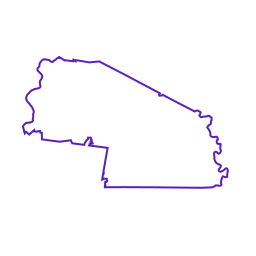 the district of Miguel Alemán, Tamaulipas, Mexico, rotated 278°
{"feature_id": "50627088B85594866218636", "entity_name": "Miguel Alemán", "entity_type": "district", "adm_level": 2, "iso_a3": "MEX", "parent_name": "Mexico", "parent_adm1": "Tamaulipas", "projection": "natural_earth1", "projection_center": [-99.092, 26.233], "detail": "fine", "context": "isolated", "style": "outline", "palette": "violet", "viewbox_px": 256, "rotation_deg": 278, "n_neighbors": 0, "source": "geoboundaries", "source_scale": "gbopen_adm2", "svg_char_len": 5697}
<svg xmlns="http://www.w3.org/2000/svg" viewBox="0 0 256 256"><g transform="rotate(278 128 128)"><path d="M81.0,219.9L82.5,222.1L82.8,222.4L83.2,222.6L83.3,222.8L83.4,223.0L83.5,223.8L83.5,225.7L83.5,226.0L83.5,226.5L83.7,227.2L84.0,227.9L84.1,228.0L84.3,228.2L84.6,228.4L84.8,228.4L85.0,228.4L85.4,228.3L85.9,227.9L86.2,227.7L86.9,227.6L87.4,227.6L87.7,227.6L90.1,227.7L90.3,227.7L90.7,227.9L92.0,228.1L92.4,228.3L92.8,228.5L93.0,228.7L93.2,229.0L93.3,229.0L93.1,230.0L92.9,230.7L92.9,231.3L93.0,231.9L93.2,232.6L93.3,232.8L93.5,233.0L93.8,233.0L94.9,232.8L95.5,232.7L96.1,232.7L98.2,232.8L99.4,232.8L100.0,232.6L100.7,232.4L101.2,232.1L101.6,231.6L101.8,231.2L101.8,230.9L101.7,230.8L101.6,230.6L101.2,230.0L99.5,228.6L98.9,227.8L98.3,227.1L97.9,226.4L97.7,226.2L97.6,225.9L97.6,225.5L97.6,225.3L97.6,225.0L97.7,224.8L97.8,224.5L98.0,224.3L98.1,224.1L98.4,223.8L98.6,223.7L98.8,223.7L99.0,223.7L99.6,223.7L99.9,223.8L100.3,224.0L101.0,224.5L101.8,224.9L102.6,225.2L103.3,225.3L103.6,225.2L103.8,225.1L104.1,224.8L104.3,224.4L104.7,223.0L105.1,221.6L105.3,221.1L105.5,220.7L105.9,220.0L106.1,219.8L106.5,219.5L107.0,219.2L108.4,218.3L108.9,218.0L109.5,217.8L109.8,217.8L110.7,217.7L111.0,217.7L111.7,217.5L112.6,217.2L113.1,217.1L113.7,217.0L114.5,216.9L115.0,216.8L115.5,216.9L115.8,217.0L116.0,217.1L116.3,217.4L116.5,217.8L116.7,218.4L116.7,218.6L116.7,218.9L116.6,219.1L116.0,219.8L115.9,219.9L115.6,220.4L115.2,221.3L115.1,221.5L115.8,222.2L116.2,222.6L116.6,222.8L117.1,223.0L117.5,223.2L117.8,223.2L118.2,223.2L118.7,223.1L119.8,222.4L120.2,222.3L120.8,222.2L121.3,222.1L121.8,222.1L122.7,222.1L123.0,222.1L123.3,222.0L124.6,222.1L125.0,221.9L125.2,221.5L125.2,221.3L125.1,220.8L125.0,220.6L124.8,220.0L124.8,219.7L124.8,219.4L124.9,219.1L125.1,218.7L125.5,218.2L125.9,217.9L126.1,217.9L127.0,217.8L127.6,217.7L127.8,217.7L128.1,217.8L128.4,218.0L128.8,218.4L129.1,218.5L129.3,218.6L129.5,218.6L129.8,218.5L131.2,217.6L131.4,217.4L131.5,217.2L131.7,216.8L131.7,216.6L131.6,216.4L131.3,215.5L131.0,214.4L130.9,213.9L130.9,213.6L131.0,212.0L131.1,211.7L131.2,211.4L131.4,211.2L131.8,210.9L132.5,210.6L133.1,210.4L134.2,210.3L135.1,210.0L136.2,209.4L136.6,209.0L137.7,208.2L138.1,207.9L138.4,207.6L138.9,207.0L139.3,206.6L139.5,206.5L139.7,206.4L140.0,206.4L140.3,206.5L141.0,207.1L141.9,207.6L142.2,207.8L142.4,208.0L142.7,208.4L142.9,208.8L143.1,209.0L143.4,209.3L143.8,209.4L144.3,209.5L144.9,209.4L145.5,209.2L146.0,209.2L146.3,209.3L147.3,209.7L147.7,209.7L148.3,209.6L148.6,209.5L148.9,209.5L149.6,209.5L149.9,209.3L150.0,209.2L150.1,208.8L150.2,208.3L150.2,208.2L150.3,208.0L150.4,207.9L150.9,207.4L151.1,207.3L151.2,207.1L151.3,206.9L151.3,206.4L151.2,205.9L151.0,205.4L150.5,204.5L149.9,201.7L149.6,200.9L148.9,199.4L148.9,198.7L149.3,198.0L149.9,197.3L150.4,196.9L150.8,197.0L151.3,197.3L152.0,197.6L152.8,197.8L153.4,197.7L153.8,197.5L154.8,195.3L155.0,194.6L154.9,194.0L154.6,193.2L154.3,192.5L153.6,191.9L161.6,169.1L165.7,157.8L165.3,157.6L165.1,157.3L164.8,156.6L164.8,156.4L164.7,156.2L164.6,155.5L164.5,155.2L164.4,155.0L164.5,154.6L164.5,154.4L165.2,154.2L165.5,154.3L165.6,154.5L166.1,154.3L166.5,154.6L166.8,154.8L180.1,118.1L189.9,90.2L187.6,80.6L187.9,70.4L187.9,66.9L186.8,66.9L188.0,64.4L186.4,64.4L186.4,63.9L186.4,56.2L186.1,56.1L186.3,55.4L188.6,50.3L187.9,50.0L188.3,49.4L187.6,48.7L187.0,47.9L186.3,47.5L185.5,46.7L184.9,46.0L184.2,45.1L183.1,44.4L183.0,44.2L182.9,43.9L182.9,43.1L183.0,42.6L183.2,42.2L183.9,41.1L184.2,40.5L184.3,40.1L184.4,37.9L184.4,36.5L184.3,35.3L184.1,34.6L183.7,34.0L183.3,33.6L180.9,32.1L180.3,31.8L179.4,31.5L178.9,31.5L178.4,31.6L177.4,31.6L176.7,31.6L176.4,31.4L175.7,31.0L174.9,30.4L174.6,30.2L174.1,30.1L173.6,30.1L173.0,30.2L172.5,30.5L172.1,30.9L170.1,33.5L169.5,34.3L168.9,34.9L168.5,35.3L168.1,35.5L167.7,35.7L167.3,35.8L166.9,35.9L166.1,35.9L164.3,35.3L163.3,34.9L162.6,34.4L161.8,34.3L161.0,34.3L160.2,34.5L159.2,34.8L157.9,35.3L157.4,35.4L156.5,35.4L156.0,35.2L155.6,34.9L154.8,33.5L154.5,32.9L153.9,31.0L153.6,30.2L153.3,29.6L153.1,29.3L152.5,28.6L152.3,28.3L152.0,27.6L151.9,27.3L151.6,27.0L151.2,26.7L150.2,26.0L149.7,25.7L149.2,25.4L148.7,25.0L147.9,24.5L147.6,24.2L147.4,23.9L147.1,23.7L146.4,23.5L144.9,23.1L144.3,23.0L143.7,23.0L143.1,23.1L142.5,23.2L142.0,23.5L141.3,23.9L140.4,24.5L140.0,24.8L139.6,25.2L139.2,25.9L138.7,26.5L137.7,27.6L137.2,28.1L136.2,29.1L136.0,29.5L135.6,29.8L134.6,30.6L133.3,31.3L131.9,32.2L131.5,32.4L131.1,32.4L130.2,32.5L128.7,32.2L127.9,32.2L127.1,32.3L126.0,32.7L125.4,32.7L123.4,32.4L122.8,32.7L122.5,32.8L122.3,32.9L121.8,32.6L121.1,32.3L120.6,31.8L120.2,30.7L120.1,30.3L119.8,30.2L119.6,29.8L119.5,29.4L119.3,29.0L119.2,28.3L119.3,28.0L119.0,26.9L118.7,26.3L118.3,25.8L117.3,25.1L115.8,24.2L115.3,24.0L115.1,23.7L112.8,24.6L111.5,25.2L110.0,25.7L108.3,26.5L109.0,26.9L109.2,26.6L110.0,27.2L109.8,28.0L107.8,31.1L112.9,35.4L112.5,35.5L111.6,35.2L111.6,36.8L111.6,38.7L111.8,38.3L111.9,39.0L112.2,39.2L112.8,41.2L111.2,41.9L111.3,43.3L104.8,44.4L104.8,46.2L104.8,51.5L104.8,53.0L104.9,60.2L104.9,62.3L107.9,73.0L105.1,74.8L105.2,85.9L105.2,87.0L107.4,87.3L108.8,88.2L109.9,88.4L111.0,89.9L112.8,89.7L113.3,92.4L111.9,92.9L112.0,93.1L111.4,93.4L111.3,93.6L110.3,93.9L110.2,93.8L109.9,93.2L109.6,93.1L109.4,92.9L109.3,93.0L109.0,93.1L108.6,94.8L107.8,95.2L107.3,92.9L107.2,92.5L107.2,92.3L106.8,92.3L105.3,91.9L105.3,92.6L105.5,110.6L94.8,110.2L88.1,110.0L82.6,109.8L80.3,109.8L80.3,110.2L78.8,110.2L78.6,110.1L78.6,109.7L73.3,109.6L73.8,110.6L74.6,110.7L74.7,114.0L73.7,114.0L72.9,114.7L72.4,114.6L71.8,114.1L71.5,114.1L71.5,113.0L70.0,113.0L68.0,113.6L68.0,113.2L66.6,113.2L66.1,113.3L68.8,131.8L72.7,160.5L79.0,208.8L81.0,219.9Z" fill="none" stroke="#5b21b6" stroke-width="2"/></g></svg>